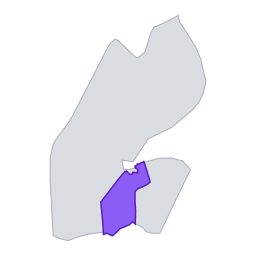 Dilkhil, Dikhil, Djibouti (highlighted)
{"feature_id": "41766387B9467441741428", "entity_name": "Dilkhil", "entity_type": "district", "adm_level": 2, "iso_a3": "DJI", "parent_name": "Djibouti", "parent_adm1": "Dikhil", "projection": "equal_earth", "projection_center": [42.604, 11.271], "detail": "fine", "context": "in_parent", "style": "filled", "palette": "violet", "viewbox_px": 256, "rotation_deg": 0, "n_neighbors": 0, "source": "geoboundaries", "source_scale": "gbopen_adm2", "svg_char_len": 1841}
<svg xmlns="http://www.w3.org/2000/svg" viewBox="0 0 256 256"><path d="M190.5,169.3L182.3,186.4L171.8,208.3L159.9,233.2L152.4,233.4L146.6,231.9L142.7,227.7L134.5,223.1L125.3,222.8L116.5,227.1L101.6,232.4L88.1,234.2L77.3,237.1L68.3,240.6L60.2,238.8L53.2,235.6L51.7,209.1L50.1,180.4L50.3,158.0L52.8,145.6L55.0,140.8L67.7,123.7L72.1,116.7L86.6,88.5L99.0,64.3L108.3,46.2L111.2,42.6L115.1,39.2L117.9,40.2L135.9,57.6L139.1,57.1L145.1,51.7L150.6,33.1L154.4,26.3L156.1,26.5L167.6,21.2L178.1,15.4L179.5,21.5L195.4,46.5L200.6,58.8L205.9,81.4L203.1,94.0L199.0,102.1L192.9,109.5L171.7,127.4L148.1,138.8L133.1,161.6L121.9,160.1L123.6,168.8L127.7,169.7L134.3,168.1L147.2,161.4L158.8,158.3L171.2,158.0L182.5,160.9L190.5,169.3Z" fill="#d9dde1" stroke="#a8b0b8" stroke-width="1"/><path d="M100.8,202.1L102.9,223.7L103.4,234.5L104.5,234.2L105.6,233.6L106.1,233.4L107.7,233.6L109.8,234.6L110.7,235.3L112.6,235.7L113.6,235.0L113.7,234.9L114.9,233.6L115.9,232.9L119.7,229.0L120.9,228.2L124.0,227.1L125.5,226.5L128.5,225.0L129.2,225.0L130.3,224.1L131.6,222.2L132.3,221.8L133.1,221.8L134.4,222.9L134.6,223.2L134.6,223.3L135.3,224.0L135.6,210.7L135.0,201.9L135.0,191.4L138.3,188.4L142.2,187.1L147.7,184.1L150.0,182.3L150.0,181.1L143.9,161.4L143.7,161.4L143.0,162.2L141.5,162.5L140.7,163.1L140.5,163.3L139.8,163.4L138.5,164.4L138.0,164.4L137.7,164.0L137.3,164.0L137.2,164.4L136.2,165.6L135.3,165.8L135.0,166.4L135.0,166.9L135.7,167.7L135.4,168.0L135.8,168.4L137.1,168.7L137.6,169.2L137.8,170.5L137.7,170.9L137.5,171.5L137.8,171.7L137.8,171.9L137.5,172.3L137.3,173.0L136.9,172.6L136.1,172.8L134.5,172.3L133.6,172.4L133.0,172.2L132.7,173.1L132.3,173.5L132.2,174.3L129.9,174.2L129.3,174.0L128.7,173.3L128.5,173.2L127.7,172.3L127.3,171.6L126.6,171.3L126.4,171.0L124.8,171.7L118.2,179.5L109.1,191.3L100.8,202.1Z" fill="#8b5cf6" stroke="#5b21b6" stroke-width="1.5"/></svg>